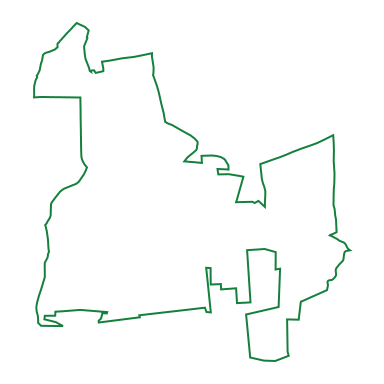 the district of Villa de Etla, Oaxaca, Mexico
{"feature_id": "50627088B54456167780056", "entity_name": "Villa de Etla", "entity_type": "district", "adm_level": 2, "iso_a3": "MEX", "parent_name": "Mexico", "parent_adm1": "Oaxaca", "projection": "robinson", "projection_center": [-96.795, 17.197], "detail": "fine", "context": "isolated", "style": "outline", "palette": "green", "viewbox_px": 384, "rotation_deg": 0, "n_neighbors": 0, "source": "geoboundaries", "source_scale": "gbopen_adm2", "svg_char_len": 4733}
<svg xmlns="http://www.w3.org/2000/svg" viewBox="0 0 384 384"><path d="M250.2,357.5L261.7,360.1L263.7,360.6L275.2,361.0L288.7,355.8L287.6,351.8L287.4,337.7L287.1,319.4L298.7,319.7L300.5,304.3L300.9,301.7L327.0,290.1L328.0,285.3L327.5,282.2L327.6,281.5L328.0,281.0L328.4,280.6L329.2,280.3L330.8,280.1L331.9,279.9L333.1,279.1L334.0,278.2L335.0,277.1L335.7,276.0L336.0,275.2L336.1,273.7L335.7,271.1L335.7,270.3L336.0,269.0L336.3,268.2L339.3,264.4L340.7,263.0L342.0,261.7L342.5,261.2L342.8,260.8L343.4,259.7L344.1,253.9L344.5,252.7L344.7,252.2L345.3,251.5L345.9,251.1L346.6,250.9L348.9,250.5L350.0,250.3L349.0,249.6L348.2,248.9L347.7,248.3L347.3,247.7L346.8,246.8L346.0,244.9L345.1,243.7L344.4,243.0L343.8,242.5L343.2,242.2L342.6,242.0L339.5,240.8L338.3,239.9L337.5,239.2L336.7,238.8L334.8,237.8L331.7,236.1L329.8,235.4L330.3,234.9L330.9,234.7L332.1,234.3L335.8,232.6L336.6,232.2L336.0,219.5L335.2,215.4L334.6,209.0L333.5,205.2L333.6,196.5L333.8,189.3L334.3,183.3L334.5,173.4L333.7,161.1L333.9,150.5L333.7,142.7L333.2,135.2L325.2,139.2L317.3,143.0L309.9,145.7L301.2,148.7L295.2,151.0L293.7,151.5L286.5,154.6L280.2,157.1L273.8,159.3L260.3,164.1L260.6,166.6L260.8,169.2L261.1,171.7L261.4,174.1L261.6,176.7L261.9,179.2L262.8,182.7L263.5,184.8L264.3,186.9L264.8,189.0L265.3,191.0L265.3,193.1L265.3,195.3L265.1,198.1L265.1,200.9L264.9,201.7L264.9,202.4L264.9,206.9L258.4,200.9L254.8,203.0L252.5,201.8L236.1,202.2L237.5,197.7L237.7,196.9L243.4,176.7L243.1,176.6L241.2,176.3L239.2,175.9L228.9,174.2L218.3,174.4L217.5,169.0L226.4,169.4L228.5,169.6L228.4,165.4L224.9,159.6L224.5,159.2L221.0,157.1L216.2,155.9L211.5,155.5L209.2,155.6L202.2,155.8L201.5,155.9L201.7,158.6L201.9,162.9L197.1,162.5L193.7,162.1L193.3,162.1L189.9,161.9L188.9,161.8L187.4,161.6L184.3,161.4L187.4,157.5L189.4,155.8L193.2,152.7L196.3,150.0L196.9,148.6L197.1,145.4L197.6,144.5L197.6,142.1L197.0,141.1L194.6,138.5L190.4,135.3L182.5,131.0L178.0,128.4L171.8,124.9L167.8,123.4L166.8,122.9L166.3,122.3L165.2,121.9L164.7,119.1L164.1,116.0L163.7,113.2L161.2,103.3L160.5,100.2L159.5,95.6L159.3,94.6L158.4,91.0L158.1,89.8L157.3,87.3L156.9,85.7L156.6,85.1L156.3,84.0L156.0,83.3L153.7,76.7L153.0,75.1L153.3,74.2L153.5,71.6L153.5,71.2L153.6,68.1L153.5,66.5L151.9,56.3L152.0,53.2L144.1,54.9L134.1,56.9L127.3,57.7L122.9,58.2L116.8,59.3L109.2,60.7L102.0,61.7L103.4,68.9L103.3,69.6L103.3,71.2L101.0,71.7L100.7,71.8L99.8,72.0L99.2,72.1L98.0,72.4L97.5,72.5L96.7,72.7L95.7,72.9L94.0,70.3L91.9,70.5L90.6,70.9L90.9,71.7L89.8,71.0L89.5,69.9L89.2,68.3L85.5,58.8L85.1,56.5L85.0,55.7L84.6,52.9L84.6,51.4L84.3,49.7L84.1,46.8L84.2,46.0L86.4,40.6L87.1,38.7L87.4,38.0L86.8,37.3L88.7,30.4L84.8,26.8L79.5,24.4L76.7,23.0L74.0,25.8L72.8,27.0L71.5,28.6L70.3,29.8L69.6,30.6L68.7,31.4L68.6,31.5L67.8,32.4L67.0,33.2L66.4,33.8L65.7,34.6L65.0,35.4L63.9,36.7L62.8,37.9L61.5,39.4L60.4,40.5L59.5,41.6L59.0,42.4L57.9,43.2L57.5,43.7L57.5,45.0L57.5,46.9L57.5,47.4L56.7,47.9L56.2,48.2L55.8,48.7L55.4,49.2L54.7,49.5L54.0,49.9L53.2,50.2L52.6,50.4L52.1,50.7L50.8,51.2L49.7,51.7L49.0,51.9L48.0,52.2L47.2,52.4L46.5,52.6L45.9,52.8L45.4,53.0L44.8,53.4L44.4,53.6L44.0,53.9L43.5,54.5L42.9,55.2L42.8,56.1L42.7,57.0L42.3,58.9L42.2,59.5L42.1,60.3L41.9,61.0L41.3,62.7L41.1,63.1L40.9,63.8L40.8,64.4L40.7,64.8L39.7,70.2L38.8,72.1L37.6,74.6L36.7,75.8L36.9,76.4L37.2,77.3L37.0,77.6L36.2,79.1L35.9,79.7L35.5,80.6L34.2,86.2L34.1,89.6L34.2,94.6L34.0,97.4L38.9,97.1L41.6,97.0L42.1,97.0L56.8,97.2L58.7,97.2L80.4,97.5L80.4,100.1L80.6,111.0L80.6,115.3L80.7,122.3L80.9,132.9L80.9,133.6L80.9,134.4L80.9,135.6L81.0,136.8L81.0,137.6L81.0,139.5L81.1,147.5L81.3,155.2L81.5,157.4L82.3,160.2L83.1,161.9L84.5,164.4L85.4,165.5L86.0,166.3L87.0,167.4L86.4,168.8L85.7,170.7L84.1,173.9L83.8,174.5L80.1,179.9L79.0,181.5L76.6,183.6L76.0,183.9L74.3,184.6L72.2,185.4L67.6,187.3L65.0,188.3L64.3,188.6L62.2,189.9L60.9,191.0L60.0,191.7L59.4,192.5L58.8,193.2L56.8,195.8L55.2,197.8L53.5,200.1L52.2,201.8L51.6,202.8L51.0,204.3L51.0,204.8L50.9,207.5L50.8,210.5L50.7,214.0L50.7,215.2L50.0,217.5L49.1,219.0L48.2,220.4L47.3,222.0L46.7,223.2L45.2,225.1L45.6,226.2L46.8,231.3L48.0,239.9L48.3,246.0L48.6,249.7L49.0,251.4L48.0,254.4L47.6,257.5L44.8,262.7L44.7,266.8L44.8,271.9L44.8,277.2L41.0,289.7L39.0,295.6L37.0,302.9L36.3,307.5L36.7,311.6L37.8,315.6L38.2,320.6L38.1,322.8L41.1,325.8L63.0,326.1L55.8,322.1L44.4,319.3L44.8,315.8L55.2,315.7L55.4,311.7L62.3,311.3L80.3,309.9L107.2,312.1L106.8,313.4L102.4,313.2L101.1,318.4L98.7,320.7L98.8,322.5L139.8,317.3L139.3,315.3L141.6,315.0L189.5,309.5L204.9,307.7L206.5,312.0L210.8,312.4L206.2,267.8L210.6,268.1L210.7,284.5L220.9,284.1L221.1,289.4L236.1,288.3L237.0,303.1L250.5,302.4L247.1,250.2L264.7,249.0L275.7,252.1L275.6,269.5L280.1,268.7L278.6,307.0L246.1,314.5L250.2,357.5Z" fill="none" stroke="#15803d" stroke-width="2"/></svg>